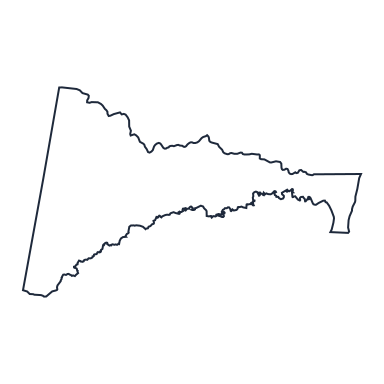 Santo Antônio do Içá, Amazonas, Brazil (Albers equal-area conic projection)
{"feature_id": "56859067B66310767394995", "entity_name": "Santo Antônio do Içá", "entity_type": "district", "adm_level": 2, "iso_a3": "BRA", "parent_name": "Brazil", "parent_adm1": "Amazonas", "projection": "albers", "projection_center": [-68.777, -3.083], "detail": "fine", "context": "isolated", "style": "outline", "palette": "slate", "viewbox_px": 384, "rotation_deg": 0, "n_neighbors": 0, "source": "geoboundaries", "source_scale": "gbopen_adm2", "svg_char_len": 6035}
<svg xmlns="http://www.w3.org/2000/svg" viewBox="0 0 384 384"><path d="M348.1,232.9L349.1,231.6L348.1,227.5L348.6,220.2L349.6,216.2L352.0,210.7L352.0,209.2L352.7,206.6L355.0,202.1L355.3,200.8L355.4,196.6L357.3,189.0L359.2,178.1L361.0,174.0L313.9,174.3L312.7,175.1L311.4,175.1L308.3,174.5L306.8,173.8L306.1,172.4L304.5,171.8L303.3,171.9L301.1,170.0L299.4,170.3L297.8,172.8L296.3,173.1L295.3,172.3L292.5,174.0L291.1,174.1L289.7,173.6L288.7,172.3L288.4,170.7L287.5,169.0L286.1,168.7L284.5,169.7L282.7,169.9L281.9,169.1L281.5,167.7L281.3,163.6L280.1,162.0L276.0,161.3L271.2,162.5L269.9,162.4L264.4,159.4L261.1,159.2L259.8,158.5L259.8,155.2L258.9,154.4L257.2,154.5L251.8,153.8L249.1,154.4L244.6,154.5L242.9,154.1L241.9,152.7L240.5,152.6L237.3,153.8L234.3,153.8L231.5,153.0L230.2,153.2L228.7,154.1L227.3,154.2L224.6,153.3L223.3,152.3L222.1,149.7L219.1,146.8L217.7,144.1L212.0,142.6L210.4,142.0L209.3,140.8L208.9,137.8L208.4,136.5L207.1,135.2L206.0,136.1L203.2,137.0L201.6,138.1L199.0,141.2L197.3,142.4L195.3,143.0L193.5,143.0L191.9,142.3L190.4,142.4L189.0,143.2L187.4,144.5L186.1,146.2L184.8,146.9L183.5,146.7L182.4,145.8L179.7,145.5L178.5,144.9L177.1,145.0L173.9,146.2L172.3,145.8L170.9,145.9L169.5,146.3L168.6,147.4L167.1,147.8L165.9,148.6L164.5,148.6L163.3,147.8L161.0,144.3L160.1,143.4L158.8,142.9L156.8,143.6L155.2,144.9L154.1,146.4L152.8,150.1L151.4,151.6L149.6,152.6L149.0,152.4L148.1,152.1L146.6,149.0L144.9,146.7L144.4,144.9L143.5,143.8L139.9,141.8L138.2,137.4L136.1,135.3L134.3,134.3L130.7,135.5L130.2,134.0L130.9,130.7L129.2,126.6L129.1,120.4L127.7,117.4L125.6,114.6L123.8,113.9L121.7,114.4L120.0,112.4L113.8,114.1L110.4,115.7L108.7,116.0L107.5,113.8L107.4,111.7L106.3,110.1L104.9,108.9L102.7,105.6L101.0,104.0L97.9,102.3L91.6,102.1L89.6,102.8L87.1,102.3L87.2,100.3L88.5,98.1L88.8,95.8L87.8,94.6L82.5,93.1L79.8,90.3L76.6,89.0L62.1,87.4L59.2,87.5L43.3,178.6L23.0,290.2L27.2,291.5L29.7,294.0L33.2,294.2L34.3,294.7L41.0,295.1L42.8,295.7L44.0,296.6L46.2,296.5L52.2,291.4L55.7,290.5L56.9,290.0L57.3,289.4L57.0,287.2L57.5,285.4L60.7,281.2L60.7,280.5L61.6,278.9L61.6,277.6L62.0,277.3L62.1,276.6L63.2,274.7L64.3,274.5L65.8,274.9L66.4,274.8L67.4,274.0L68.7,273.9L69.7,274.6L70.9,275.0L71.9,275.9L73.0,275.4L74.9,276.1L76.0,274.8L78.1,273.1L77.5,271.8L77.7,270.9L77.2,270.6L76.7,268.6L75.6,268.0L74.4,267.8L74.0,267.3L74.0,266.7L75.3,266.3L76.4,264.7L77.5,264.4L77.7,263.9L77.5,263.2L79.0,260.6L80.3,261.0L81.1,261.7L82.1,261.5L82.6,261.8L83.7,261.3L84.0,260.3L84.6,259.9L86.0,259.6L87.3,259.8L88.6,258.3L90.8,258.3L92.2,257.6L92.7,257.0L92.6,256.4L93.8,256.0L94.0,254.7L94.3,254.4L96.6,254.1L97.6,252.2L99.0,252.3L99.4,251.8L99.9,252.3L100.4,252.1L100.9,251.6L101.1,249.8L102.3,249.1L102.5,248.6L103.1,245.1L103.6,244.5L104.1,244.9L105.0,243.2L105.7,242.8L106.5,242.6L107.2,242.8L107.3,244.1L107.8,244.2L108.5,245.1L109.7,245.6L110.0,245.2L110.5,245.1L111.3,245.3L111.5,244.7L112.7,244.3L114.3,244.8L115.8,244.4L116.9,244.8L117.5,244.7L118.4,243.7L119.1,244.0L119.7,240.8L120.9,238.5L122.9,237.1L125.9,236.8L125.5,236.4L125.6,235.9L126.8,234.0L128.4,233.1L128.7,232.4L128.4,231.7L129.3,226.8L130.9,225.5L133.9,225.4L134.6,225.7L136.2,225.3L139.9,225.7L143.0,226.8L145.5,229.1L145.8,228.7L147.9,228.3L148.6,226.7L150.4,226.1L152.0,224.3L153.6,223.8L154.0,223.0L153.5,220.8L155.1,220.2L156.5,216.9L157.0,217.0L157.4,217.7L158.1,217.4L158.2,216.7L159.2,215.7L159.6,215.7L160.2,216.2L160.4,216.8L161.4,217.4L162.2,216.4L164.9,215.2L166.3,214.8L167.8,214.7L168.9,214.9L169.7,214.7L170.3,213.5L170.9,213.1L173.6,212.2L175.5,213.0L179.1,213.9L179.7,213.5L179.5,212.7L178.8,212.1L179.5,211.6L180.1,212.0L181.3,212.0L183.1,211.0L182.5,210.0L182.9,208.7L183.5,208.6L184.0,208.9L184.6,208.9L184.6,208.4L185.7,208.1L186.0,208.6L185.1,210.2L185.6,210.5L186.7,209.2L187.2,208.8L189.2,208.6L189.3,207.7L189.9,207.1L190.6,206.6L191.3,206.6L192.9,208.3L192.8,209.0L191.6,209.7L192.3,210.0L193.9,210.0L195.0,209.4L195.1,208.2L196.2,208.0L200.8,205.7L203.1,206.5L204.1,208.3L206.1,210.2L206.6,211.2L206.7,216.0L208.9,216.4L210.7,216.0L211.3,216.1L211.3,217.0L211.7,217.6L213.1,216.3L213.8,216.1L215.2,216.5L216.0,216.2L216.3,214.7L218.7,214.0L219.1,214.1L219.3,214.6L218.4,215.7L220.2,216.2L222.0,217.0L223.2,217.0L223.9,216.2L223.5,214.4L221.1,214.6L221.3,213.7L222.3,212.8L224.5,213.1L224.6,212.6L224.2,212.1L223.1,211.9L222.1,212.2L221.8,211.7L222.9,209.8L223.9,209.4L224.9,208.2L226.8,208.2L228.0,207.3L229.1,207.4L230.4,209.3L230.7,210.8L231.1,211.1L231.6,210.8L232.4,209.4L233.8,210.5L236.3,210.0L237.1,209.4L237.7,208.4L237.8,207.3L238.2,207.0L239.5,207.1L241.5,206.6L243.2,207.4L246.3,208.0L246.6,204.5L247.1,204.2L247.6,204.6L249.5,204.1L251.2,204.1L251.2,202.9L251.7,202.7L252.7,205.0L253.2,205.4L253.7,205.3L253.2,204.3L252.9,201.3L253.1,200.9L254.4,201.1L254.5,200.5L253.3,200.1L253.1,199.7L252.8,197.6L253.3,196.3L253.1,193.5L254.3,192.2L255.9,191.6L257.2,192.1L259.1,195.7L259.6,195.4L260.3,194.2L259.4,193.2L259.3,192.6L260.0,192.5L260.4,193.2L261.1,193.6L261.8,193.6L263.3,195.1L263.9,195.2L264.0,194.7L263.6,194.4L263.8,192.8L265.2,194.2L266.3,193.4L268.1,194.1L270.7,194.3L272.1,193.5L274.3,191.2L274.9,191.1L275.7,191.5L276.0,192.1L274.2,193.1L274.9,195.1L276.2,195.8L276.4,196.9L278.3,196.9L279.0,198.1L280.9,199.2L283.1,198.5L283.9,197.0L283.8,195.7L282.1,194.3L281.9,192.8L287.2,189.7L287.6,190.2L286.6,190.6L286.5,191.4L286.9,191.7L287.5,191.6L288.3,190.8L289.5,191.2L292.1,189.0L292.7,189.2L292.9,189.6L292.9,190.3L292.2,191.3L293.1,192.4L292.0,192.5L292.4,196.6L292.6,197.1L293.2,197.0L293.4,196.6L295.2,196.3L297.9,199.6L299.8,200.5L300.2,200.0L299.8,198.7L300.1,197.7L301.0,197.0L303.0,196.8L303.5,197.7L304.7,198.9L305.1,201.3L305.6,201.3L307.3,199.4L307.7,198.6L308.8,199.3L309.4,199.0L309.4,198.4L308.6,198.4L308.1,198.0L308.3,197.0L308.9,196.8L309.6,197.0L310.5,198.0L312.8,203.3L313.5,204.3L315.2,204.8L316.1,204.7L318.6,203.0L323.2,200.7L324.9,200.6L325.6,202.2L326.7,202.4L329.1,205.7L331.4,210.4L333.8,216.8L334.0,218.4L333.4,222.7L331.7,229.5L330.4,232.1L348.1,232.9Z" fill="none" stroke="#1e293b" stroke-width="2"/></svg>